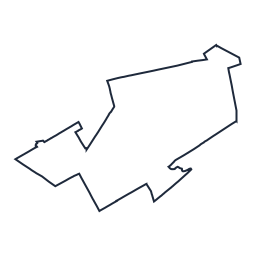 outline of Fulga, Prahova, Romania
{"feature_id": "2599482B7572251252498", "entity_name": "Fulga", "entity_type": "district", "adm_level": 2, "iso_a3": "ROU", "parent_name": "Romania", "parent_adm1": "Prahova", "projection": "albers", "projection_center": [26.445, 44.906], "detail": "fine", "context": "isolated", "style": "outline", "palette": "slate", "viewbox_px": 256, "rotation_deg": 0, "n_neighbors": 0, "source": "geoboundaries", "source_scale": "gbopen_adm2", "svg_char_len": 5411}
<svg xmlns="http://www.w3.org/2000/svg" viewBox="0 0 256 256"><path d="M191.3,169.4L191.2,169.1L190.8,168.7L190.7,168.5L190.4,168.5L190.0,168.7L189.9,168.7L189.7,168.8L189.4,168.8L189.2,168.9L188.7,169.2L188.4,169.5L188.2,169.8L188.0,170.0L187.9,170.1L187.7,170.1L187.5,169.9L187.3,170.0L187.2,170.1L186.4,170.4L186.1,170.5L185.9,170.7L185.6,170.8L185.1,171.0L184.5,171.1L184.3,171.1L184.1,171.2L183.9,171.2L183.3,171.3L183.0,171.3L182.8,171.2L182.5,171.1L182.4,171.0L182.3,170.8L182.1,170.5L182.1,170.4L182.0,170.2L182.0,169.0L181.9,168.9L181.8,168.7L181.7,168.7L181.1,168.5L180.5,168.3L179.8,168.1L179.6,168.0L179.5,167.9L179.3,167.8L179.2,167.7L178.9,167.4L178.7,167.3L178.6,167.2L178.4,167.1L178.0,167.0L177.9,166.9L177.7,166.8L177.4,167.0L177.1,167.1L176.9,167.2L176.6,167.3L176.4,167.4L176.3,167.6L176.1,167.7L175.9,167.8L175.7,168.0L175.2,168.4L175.1,168.5L174.9,168.6L174.9,168.8L174.7,168.9L174.6,169.0L174.2,169.1L173.6,169.1L172.9,169.2L172.6,169.2L172.4,169.1L171.6,169.1L171.3,169.1L171.0,169.0L170.8,168.9L170.4,168.6L170.0,168.3L169.8,168.2L169.6,168.0L169.3,167.5L168.9,167.1L168.6,166.8L168.8,166.7L169.1,166.4L169.3,166.2L169.7,166.0L169.9,165.7L170.4,165.4L170.8,165.0L171.3,164.5L171.5,164.3L171.7,164.0L172.5,163.3L172.6,163.1L172.8,162.9L173.2,162.5L173.4,162.3L173.5,162.3L173.8,162.0L174.0,161.7L174.7,160.8L175.3,160.3L175.7,160.0L184.3,155.0L193.9,149.1L199.5,145.4L200.7,144.3L202.3,143.3L203.9,142.4L204.0,142.2L204.6,141.6L205.4,141.2L205.9,140.9L206.7,140.5L208.7,139.1L211.8,137.0L213.9,135.6L214.9,135.0L231.5,124.1L236.4,121.1L236.5,121.2L236.5,115.5L236.5,110.6L232.7,91.0L231.7,85.3L231.2,82.9L229.7,75.4L229.6,74.9L229.3,73.6L229.1,72.7L229.0,72.1L228.9,71.8L228.7,70.5L228.6,70.0L228.3,68.1L230.1,67.6L237.2,65.2L240.6,64.0L239.4,58.5L239.2,57.6L221.2,48.1L217.5,46.0L216.9,46.3L216.2,45.0L208.7,50.3L203.9,53.7L204.3,54.6L206.9,59.4L202.5,60.1L197.6,60.7L192.0,61.5L192.0,61.9L177.4,65.6L176.0,65.9L158.3,69.6L154.7,70.4L154.3,70.5L149.0,71.6L141.6,73.1L139.2,73.6L137.3,74.0L134.9,74.5L130.7,75.4L129.9,75.5L128.4,75.8L123.7,76.9L122.8,77.0L120.7,77.4L117.6,78.1L116.0,78.5L114.8,78.8L112.8,79.3L107.2,80.8L108.4,84.1L108.9,85.5L109.2,86.4L109.3,86.8L109.8,88.8L110.1,90.4L110.3,91.1L110.4,91.8L110.7,93.3L111.3,95.4L111.9,97.8L112.4,99.6L112.9,101.4L114.2,106.1L114.2,106.3L114.2,106.7L114.1,106.9L113.9,107.2L113.7,107.5L113.4,108.0L112.6,109.2L112.0,110.2L111.7,110.6L111.6,110.9L111.5,111.1L111.4,111.2L111.3,111.5L111.1,111.7L110.8,111.9L110.8,112.1L110.6,112.3L110.1,112.7L109.9,112.9L109.7,113.1L109.1,114.1L108.8,114.4L108.8,114.6L108.7,115.0L107.5,116.9L106.7,118.2L106.4,118.8L105.8,119.8L104.4,122.1L103.0,124.3L102.5,125.0L100.3,128.5L99.9,129.2L99.3,130.1L99.0,130.6L98.4,131.6L95.9,135.4L95.3,136.2L89.6,145.1L86.6,149.6L86.6,149.3L86.6,149.2L86.4,148.6L86.4,148.3L86.4,148.1L86.2,148.1L85.9,148.0L85.7,148.0L85.5,148.4L85.3,148.4L84.9,147.8L80.6,141.1L80.4,140.6L79.7,139.4L79.4,138.9L79.3,138.6L78.7,137.5L77.5,135.6L75.4,132.2L76.0,131.9L76.4,131.7L77.7,131.0L77.9,131.0L78.0,130.9L78.2,130.7L78.3,130.5L79.5,129.9L80.6,129.3L81.9,128.5L79.5,123.7L78.5,122.0L74.0,124.6L73.7,124.8L72.5,125.5L71.5,126.2L70.2,126.9L68.9,127.7L66.8,128.9L65.8,129.5L64.8,130.1L63.5,130.9L62.6,131.4L60.6,132.6L59.5,133.2L57.8,134.3L56.2,135.3L55.1,135.9L53.8,136.6L52.6,137.3L51.5,138.0L51.1,138.1L50.9,138.2L50.8,138.4L50.0,138.8L49.2,139.3L48.7,139.6L48.4,139.8L48.0,139.9L47.4,140.4L47.1,140.6L46.9,140.7L46.6,140.8L46.3,141.0L45.9,141.2L45.6,141.4L45.4,141.5L45.0,141.8L44.5,142.0L44.4,142.1L44.2,142.0L44.1,141.9L43.8,141.5L43.5,141.1L43.4,140.9L43.2,140.7L42.5,140.7L42.3,140.8L36.6,141.7L36.9,142.1L37.1,142.4L37.3,142.6L37.4,142.9L37.4,143.0L37.2,143.3L36.6,143.6L36.4,143.7L36.2,143.8L36.1,144.1L36.0,144.4L35.8,144.7L35.7,145.0L35.8,145.2L35.8,145.3L35.9,145.5L35.8,145.8L35.7,145.9L35.7,146.0L35.8,146.1L36.4,146.3L36.6,146.3L36.8,146.5L37.0,146.6L37.1,146.8L36.8,146.9L35.9,147.4L35.1,147.8L32.3,149.4L28.6,151.6L17.2,158.1L15.4,159.2L23.1,164.5L29.9,168.9L31.5,170.1L35.3,172.5L35.6,172.7L35.7,172.8L36.0,173.0L36.5,173.3L37.0,173.6L37.8,174.0L38.6,174.5L39.4,174.9L39.7,175.1L42.0,176.4L45.9,179.4L48.6,181.5L55.3,186.2L62.3,182.4L65.6,180.6L68.9,178.7L71.9,177.1L72.8,176.7L74.3,175.8L74.6,175.7L74.9,175.6L75.1,175.5L75.3,175.4L76.6,174.9L77.5,174.4L79.2,173.7L79.6,174.5L80.3,175.8L80.7,176.6L81.7,178.5L82.6,180.1L84.3,183.2L89.6,192.8L91.0,195.6L92.9,199.2L93.3,199.8L94.1,201.3L96.8,206.1L98.4,209.1L99.4,211.0L100.7,210.2L105.7,207.4L106.3,207.0L110.5,204.6L111.8,203.8L115.5,201.7L116.8,201.0L116.6,200.7L117.1,200.5L121.5,198.0L122.5,197.4L123.0,197.1L129.1,193.6L129.9,193.2L130.4,192.9L130.8,192.7L132.4,191.8L135.8,189.8L138.6,188.2L140.4,187.2L144.2,185.1L145.9,184.1L146.4,183.9L146.4,184.1L146.5,184.2L147.2,185.2L149.8,189.3L151.0,191.2L151.8,194.3L152.1,195.0L152.6,196.8L153.0,198.1L153.6,200.2L153.8,200.8L154.0,201.5L154.4,201.2L157.0,199.1L158.3,198.0L158.8,197.6L159.6,197.0L160.6,196.1L161.2,195.8L162.8,194.3L163.6,193.7L164.9,192.5L166.4,191.3L169.0,189.2L169.5,188.8L170.4,188.1L170.6,187.8L170.8,187.7L171.1,187.6L171.3,187.4L171.8,186.9L172.1,186.6L172.4,186.4L172.8,186.1L173.0,185.9L173.2,185.7L174.1,184.9L175.7,183.5L176.4,182.9L177.0,182.4L177.9,181.7L178.2,181.4L178.6,181.1L178.8,180.9L179.1,180.6L183.1,177.0L185.2,175.1L187.6,173.0L188.5,172.1L190.2,170.5L191.3,169.4Z" fill="none" stroke="#1e293b" stroke-width="2"/></svg>